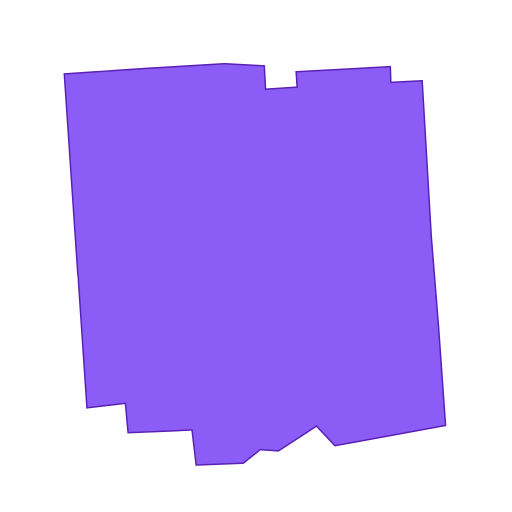 outline of Franklin, Ohio, United States of America, rotated 263°
{"feature_id": "52423323B46586650957438", "entity_name": "Franklin", "entity_type": "district", "adm_level": 2, "iso_a3": "USA", "parent_name": "United States of America", "parent_adm1": "Ohio", "projection": "orthographic", "projection_center": [-83.012, 39.969], "detail": "fine", "context": "isolated", "style": "filled", "palette": "violet", "viewbox_px": 512, "rotation_deg": 263, "n_neighbors": 0, "source": "geoboundaries", "source_scale": "gbopen_adm2", "svg_char_len": 515}
<svg xmlns="http://www.w3.org/2000/svg" viewBox="0 0 512 512"><g transform="rotate(263 256 256)"><path d="M443.7,287.4L450.7,248.3L455.7,168.1L460.1,87.9L288.6,78.5L260.8,77.0L255.8,77.0L251.2,76.6L125.9,69.7L125.7,108.4L96.2,107.5L92.5,152.9L91.2,171.3L55.8,171.1L51.9,218.1L63.3,236.6L59.8,254.5L79.8,295.3L58.1,311.2L64.7,423.5L166.1,428.7L254.4,432.4L409.7,442.3L411.9,411.0L427.6,412.4L430.2,373.0L434.0,318.3L418.6,317.4L420.4,285.8L443.7,287.4Z" fill="#8b5cf6" stroke="#5b21b6" stroke-width="1.5"/></g></svg>